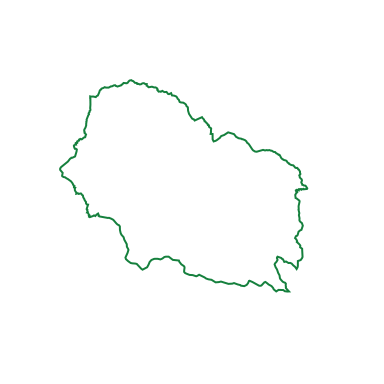 outline of Lunca Ilvei, Bistrita-Nasaud, Romania, rotated 149°
{"feature_id": "2599482B66912585754157", "entity_name": "Lunca Ilvei", "entity_type": "district", "adm_level": 2, "iso_a3": "ROU", "parent_name": "Romania", "parent_adm1": "Bistrita-Nasaud", "projection": "mercator", "projection_center": [25.011, 47.358], "detail": "fine", "context": "isolated", "style": "outline", "palette": "green", "viewbox_px": 384, "rotation_deg": 149, "n_neighbors": 0, "source": "geoboundaries", "source_scale": "gbopen_adm2", "svg_char_len": 6037}
<svg xmlns="http://www.w3.org/2000/svg" viewBox="0 0 384 384"><g transform="rotate(149 192 192)"><path d="M292.2,223.0L289.3,222.4L288.0,222.4L287.3,221.2L285.4,221.8L283.6,221.9L283.8,220.4L284.0,220.4L284.4,219.7L284.0,218.8L277.5,213.1L276.4,212.6L274.9,210.6L273.8,208.7L273.0,203.9L272.6,202.5L271.6,200.9L271.6,199.6L273.3,196.6L274.3,193.6L274.5,191.8L273.9,188.5L274.6,186.0L274.8,180.9L276.0,178.6L276.1,176.0L276.3,175.1L278.6,173.0L282.8,170.1L283.2,168.5L282.4,165.7L281.1,162.7L279.9,161.6L277.4,159.8L276.4,158.8L275.1,152.6L274.4,150.9L269.2,150.6L266.5,152.2L264.4,153.8L261.8,154.6L259.0,154.2L258.1,153.8L255.7,152.3L253.8,150.5L251.6,150.2L249.2,150.5L247.6,150.0L245.3,148.6L243.4,143.7L238.5,140.0L238.8,138.9L238.4,135.5L237.3,133.1L237.0,132.2L237.1,131.7L237.4,130.9L238.9,129.1L239.9,127.6L239.7,126.2L239.0,125.1L236.8,122.2L234.2,120.4L231.8,117.6L230.8,117.4L228.5,117.4L225.2,112.3L224.5,110.6L222.9,108.7L220.5,106.7L218.3,102.4L215.5,101.0L213.3,100.3L208.1,94.5L204.7,92.7L202.9,92.3L200.4,89.2L198.5,87.3L198.3,86.5L195.7,84.4L193.0,84.2L190.9,85.0L189.0,86.4L188.4,86.3L186.6,83.8L182.8,77.2L181.9,76.5L180.7,76.1L176.5,77.3L175.4,77.1L174.3,74.4L174.1,73.5L172.3,70.4L171.9,67.9L172.1,66.5L171.0,63.4L168.2,63.5L164.2,60.9L163.6,59.2L161.6,57.6L160.1,56.8L161.0,61.1L160.7,61.9L160.3,62.2L160.2,62.8L159.6,64.0L158.8,65.0L158.9,66.2L160.1,67.7L160.5,68.6L161.1,71.7L161.0,72.9L159.9,75.5L159.8,78.3L159.1,81.5L159.0,82.9L159.1,84.2L158.5,87.4L157.7,88.0L155.7,88.6L153.8,89.6L153.5,90.1L153.3,91.5L152.9,92.1L152.0,92.5L149.4,89.4L149.3,88.3L148.7,87.6L148.7,87.1L148.9,84.5L147.2,84.0L145.9,81.5L144.2,80.5L143.4,79.2L143.0,77.0L142.2,74.8L142.0,72.1L140.3,73.1L139.3,74.2L136.8,78.3L133.9,77.7L131.8,78.6L130.7,79.4L126.8,86.7L127.8,88.9L126.8,90.2L126.8,91.2L127.1,92.6L127.9,95.2L127.2,95.6L127.0,97.6L127.4,99.4L125.7,100.6L124.3,100.4L123.4,100.9L121.1,103.1L119.0,103.4L117.7,103.2L114.4,106.0L113.8,108.7L114.5,110.7L114.6,111.9L114.4,112.6L113.3,114.2L112.3,117.1L110.9,118.6L109.8,122.0L109.5,122.1L107.9,125.0L104.7,128.4L104.4,129.3L105.7,132.7L106.3,133.5L105.1,136.1L104.8,136.5L103.2,137.3L102.1,137.6L102.4,138.4L101.6,138.6L102.1,139.6L102.1,139.9L101.2,140.0L99.6,138.4L99.0,139.4L97.1,138.4L97.3,137.9L97.0,137.5L96.1,137.6L94.9,137.3L94.9,136.8L91.9,135.4L91.3,135.8L91.4,138.5L91.6,139.1L92.8,140.0L93.0,140.6L93.8,141.4L93.4,142.4L93.5,143.0L93.3,144.1L91.9,145.1L91.6,145.9L91.5,146.6L92.0,148.0L92.0,149.4L91.2,150.8L91.3,151.1L89.8,151.6L89.5,152.9L88.9,153.9L88.9,156.2L89.3,156.7L89.2,157.8L89.5,158.6L90.0,158.7L90.9,159.5L91.4,162.6L93.0,164.0L94.3,166.1L94.1,166.5L94.9,168.0L94.9,169.8L95.4,170.8L96.7,172.0L97.0,172.9L97.5,173.3L98.0,175.2L97.8,178.5L98.1,179.1L98.7,179.3L98.9,180.4L99.9,181.9L100.1,183.3L101.4,184.4L102.4,186.4L103.0,186.7L104.1,188.1L105.5,188.6L106.3,189.4L108.0,190.0L109.4,191.5L115.8,193.2L117.1,194.2L118.2,196.3L118.4,197.8L118.6,203.2L118.8,204.5L119.4,205.8L119.3,207.5L119.9,209.2L121.4,211.2L121.9,211.4L122.2,212.2L124.6,214.3L124.9,215.3L125.7,216.2L126.2,220.0L130.3,224.5L135.1,224.3L138.1,224.9L139.1,224.6L140.0,224.1L143.7,223.7L145.4,223.7L147.4,224.2L147.2,226.5L144.5,231.1L146.1,232.2L144.8,233.6L144.2,234.8L142.9,236.5L143.0,237.4L143.7,238.4L143.8,239.3L143.3,240.0L143.2,240.6L143.4,241.1L143.9,241.3L143.9,241.7L143.6,241.9L143.7,243.0L144.1,243.9L144.3,245.8L144.8,246.1L144.4,248.0L144.9,250.0L144.9,251.0L152.9,251.9L153.0,253.4L153.4,253.7L154.1,254.9L154.3,260.5L153.5,263.7L152.0,266.6L152.0,267.2L152.5,268.3L152.2,269.7L152.3,270.7L153.4,273.0L155.4,274.5L156.2,275.5L155.8,277.9L156.3,279.4L156.1,280.7L156.3,282.0L157.7,283.8L159.4,285.1L159.0,287.5L161.3,287.7L162.0,288.4L162.3,290.9L164.3,291.9L165.4,294.0L166.7,293.9L167.4,294.2L167.6,294.7L168.9,295.2L169.2,297.4L168.6,297.6L168.5,298.8L169.3,300.4L170.6,301.1L172.1,302.9L175.2,304.1L175.4,304.5L175.5,305.6L176.1,306.5L175.2,307.8L176.4,308.5L177.0,309.8L177.6,310.3L178.7,310.7L180.1,310.6L180.9,310.9L181.5,311.2L182.1,312.2L183.3,312.8L183.4,313.2L183.2,313.9L184.7,315.0L185.2,317.2L186.1,318.2L186.3,319.0L187.2,319.4L188.1,319.7L189.5,319.4L190.7,318.8L191.9,318.8L194.5,320.7L196.4,320.1L197.1,320.3L197.7,319.9L201.6,320.8L202.2,321.7L202.6,322.0L202.8,323.0L203.9,323.6L206.3,323.8L207.0,324.3L209.6,324.4L212.1,325.9L212.8,326.8L214.3,326.8L216.2,327.2L216.7,327.1L217.1,326.7L218.2,326.7L219.0,326.3L220.3,325.1L223.0,323.2L224.4,323.3L225.6,322.9L227.6,324.8L229.2,325.6L230.0,326.4L231.1,324.6L231.1,324.0L231.8,323.3L231.9,322.9L234.2,319.0L236.1,316.3L236.7,314.8L237.2,314.3L238.2,314.1L238.6,313.3L240.1,312.7L240.3,311.6L241.4,311.2L245.1,308.3L245.6,307.2L246.5,306.6L246.8,305.8L247.6,305.0L248.3,303.7L250.1,302.1L252.1,301.0L252.7,300.3L253.0,299.1L253.3,299.0L253.5,298.3L253.4,297.7L253.6,297.6L253.3,296.8L253.3,295.7L254.1,295.3L255.0,294.2L255.5,294.0L256.0,294.3L257.2,294.3L259.0,293.9L259.7,294.1L259.8,294.5L260.4,295.1L261.3,295.0L261.9,294.5L262.1,294.9L263.0,294.4L264.4,294.5L264.6,294.2L264.6,293.9L265.2,293.8L265.2,293.5L265.6,293.6L265.7,293.2L266.5,293.3L266.7,292.9L266.9,293.4L267.6,292.7L269.2,292.7L269.3,292.2L269.7,291.9L270.1,290.2L270.1,289.3L269.3,288.9L268.8,287.8L270.1,286.2L273.9,282.7L277.0,283.0L277.7,283.5L278.1,283.3L279.4,283.3L282.7,282.0L291.2,280.8L292.1,280.5L293.2,279.7L293.6,278.7L293.0,275.0L295.0,272.8L295.1,272.3L294.4,271.0L293.1,269.8L292.6,268.4L291.8,267.2L290.2,263.4L289.9,260.6L290.2,259.6L290.0,259.2L290.1,258.1L289.8,257.7L290.6,257.2L290.8,256.8L289.9,255.8L290.7,255.3L291.5,253.8L291.6,252.0L291.3,251.1L292.1,250.1L290.4,249.6L290.1,248.7L288.2,248.1L287.8,247.7L287.8,246.3L287.3,245.2L288.0,243.3L287.9,241.6L288.2,240.8L288.1,240.3L288.2,239.5L288.0,238.0L288.6,237.2L288.7,236.5L288.6,235.6L287.6,234.7L290.8,231.9L291.1,231.6L290.8,230.8L291.3,230.4L291.4,229.2L292.5,228.5L291.9,228.0L292.1,227.7L291.9,227.1L292.1,226.0L291.9,225.3L292.6,224.9L292.4,224.3L293.0,223.8L292.7,223.3L292.1,223.5L292.2,223.0Z" fill="none" stroke="#15803d" stroke-width="2"/></g></svg>